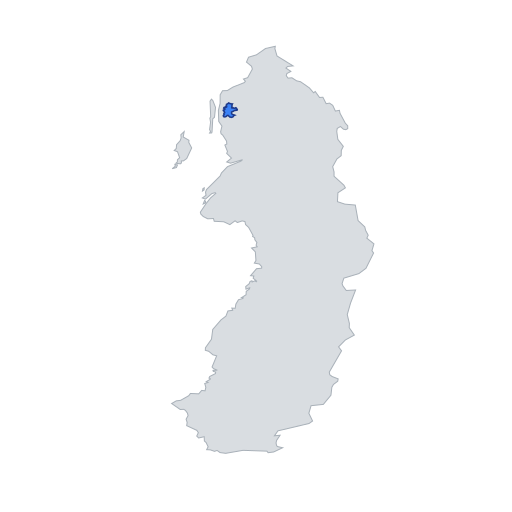 Nybro, Kalmar, Sweden (highlighted), rotated 157°
{"feature_id": "70781695B56315309655935", "entity_name": "Nybro", "entity_type": "district", "adm_level": 2, "iso_a3": "SWE", "parent_name": "Sweden", "parent_adm1": "Kalmar", "projection": "robinson", "projection_center": [15.892, 56.861], "detail": "fine", "context": "in_parent", "style": "filled", "palette": "blue", "viewbox_px": 512, "rotation_deg": 157, "n_neighbors": 0, "source": "geoboundaries", "source_scale": "gbopen_adm2", "svg_char_len": 5241}
<svg xmlns="http://www.w3.org/2000/svg" viewBox="0 0 512 512"><g transform="rotate(157 256 256)"><path d="M126.0,338.6L127.7,342.2L131.4,341.7L133.0,339.1L135.1,331.4L132.8,322.8L136.2,319.9L138.4,315.1L143.6,313.7L150.5,308.3L151.3,302.9L153.0,298.9L147.4,286.8L147.1,283.8L155.9,282.2L159.8,274.2L153.9,269.0L144.7,264.1L148.2,248.7L144.5,240.3L145.1,236.7L144.6,231.3L147.0,229.1L142.7,221.1L147.2,215.6L146.6,212.8L159.6,201.7L168.2,199.6L183.8,201.3L187.6,196.9L187.7,194.6L186.4,189.0L177.6,185.8L187.3,175.8L194.9,166.4L196.4,157.4L198.2,153.6L196.4,144.8L206.5,143.8L215.5,140.1L214.3,135.3L233.9,120.5L234.5,117.9L233.1,115.4L228.4,110.8L229.7,108.8L234.9,107.5L237.5,105.5L241.4,98.6L252.0,93.1L263.8,96.7L268.8,90.6L268.4,82.0L272.6,81.1L304.1,86.5L309.3,83.3L303.9,81.6L309.1,78.2L310.6,76.1L311.1,73.6L310.8,72.3L306.4,69.1L316.3,68.7L321.7,70.2L322.2,72.1L343.9,82.2L361.0,86.2L365.9,89.1L367.8,92.2L370.5,92.4L373.8,95.4L377.1,97.0L374.6,99.1L374.8,103.8L375.8,105.9L374.3,109.9L379.9,110.9L380.9,113.4L378.1,115.9L378.6,118.6L386.1,126.9L384.4,129.7L384.1,133.1L380.9,135.6L380.5,138.2L381.3,141.5L382.4,143.1L385.7,144.3L391.3,153.2L386.0,153.8L381.8,152.6L372.4,153.7L370.1,155.1L362.6,151.5L358.5,153.5L355.6,151.8L353.5,154.7L353.0,158.7L349.6,158.3L350.9,159.8L346.3,160.4L346.0,161.0L347.0,162.0L345.6,163.2L339.3,163.6L338.5,164.9L340.4,166.5L340.3,167.5L336.2,166.0L339.1,168.9L339.8,171.0L331.2,179.5L334.2,181.8L336.8,186.8L339.5,189.0L338.4,191.3L329.5,196.8L324.5,205.3L313.1,210.9L307.2,212.4L303.3,216.4L298.7,215.1L298.6,217.5L295.6,216.0L293.3,219.6L289.2,222.6L284.6,222.0L284.1,222.6L285.5,223.4L280.3,224.2L278.8,227.3L274.9,228.2L274.2,229.2L278.2,229.4L277.4,231.9L273.0,233.2L271.4,234.9L269.4,234.8L269.7,233.6L266.8,233.6L265.8,232.2L265.2,232.6L267.3,236.7L265.8,238.4L268.7,240.0L260.5,244.1L255.6,242.6L254.9,243.8L256.0,247.3L260.3,250.1L257.8,251.9L255.0,260.1L257.0,265.1L251.3,264.0L251.7,265.9L249.9,268.1L250.7,271.3L250.1,273.4L251.5,275.3L250.7,276.2L251.6,285.2L253.3,289.0L252.7,292.1L255.1,293.7L260.1,294.1L261.5,296.6L267.8,295.1L272.3,300.1L280.9,304.3L280.5,307.1L285.9,309.1L289.1,312.9L290.4,316.1L290.1,318.1L281.7,323.6L275.2,327.2L268.5,329.4L268.9,330.3L272.2,330.7L280.3,328.1L282.7,330.4L278.3,331.4L277.5,334.5L275.6,336.5L257.7,343.7L255.4,345.9L247.3,349.4L232.9,349.2L230.7,349.9L243.2,351.4L246.2,354.0L240.3,355.7L242.9,361.9L241.4,363.4L241.3,370.3L239.1,370.5L238.2,373.3L239.4,380.3L240.4,382.2L240.0,384.2L236.6,388.9L237.7,394.4L233.8,404.6L229.4,410.5L226.0,418.4L222.2,421.2L217.8,419.5L211.1,420.5L199.0,420.2L197.5,421.0L198.4,423.8L194.0,423.4L186.3,429.5L186.0,432.4L189.0,438.2L185.2,441.9L177.0,441.0L166.1,443.3L156.3,441.5L157.6,439.5L158.5,431.9L147.6,416.5L152.8,418.1L155.0,417.3L151.8,412.3L156.3,411.9L157.7,410.1L157.0,407.2L153.3,406.0L150.2,401.4L146.9,399.0L141.2,389.9L139.2,383.7L137.2,384.3L135.6,377.1L132.4,376.0L131.9,368.8L128.6,368.0L126.5,364.7L126.3,358.4L122.3,357.5L122.9,354.5L121.9,343.4L120.7,340.0L121.8,337.4L124.0,337.2L126.0,338.6ZM293.5,372.7L291.7,373.3L290.7,375.3L287.9,376.3L287.5,382.7L290.1,385.1L287.4,386.1L285.6,389.5L280.7,391.8L278.8,393.9L277.8,397.0L273.5,398.6L276.5,394.0L272.5,388.7L273.5,386.8L273.0,380.6L281.7,372.8L285.7,371.9L287.6,372.7L288.3,370.8L289.6,370.4L293.5,372.7ZM237.8,416.5L235.7,417.8L235.0,415.9L235.2,408.6L240.0,399.9L242.2,399.2L248.0,387.4L248.7,386.6L250.7,387.3L249.2,388.4L249.3,390.5L245.6,396.8L244.6,400.9L243.3,401.9L237.8,416.5ZM295.2,370.2L294.9,372.0L292.7,370.5L294.7,368.5L299.0,369.1L295.2,370.2ZM284.3,324.5L281.6,327.2L281.0,326.1L281.6,324.7L284.3,324.5ZM278.5,338.8L277.0,339.0L278.0,337.1L279.9,336.7L278.5,338.8Z" fill="#d9dde1" stroke="#a8b0b8" stroke-width="1"/><path d="M231.4,397.8L231.3,397.4L231.2,396.7L230.9,396.5L230.3,396.2L229.6,396.1L228.8,396.1L228.3,396.3L227.7,396.6L227.1,396.5L226.7,396.3L226.6,395.9L226.4,395.4L226.2,395.2L226.0,394.7L225.8,394.1L225.2,393.8L224.9,393.5L224.5,393.2L223.9,393.1L222.8,393.1L222.4,393.3L221.8,393.8L221.1,393.9L220.5,393.9L220.9,394.3L221.3,394.6L221.9,395.1L222.4,395.6L222.7,396.1L222.8,396.7L222.6,397.3L222.4,397.7L222.2,398.1L221.5,398.1L220.9,398.1L220.0,398.1L219.1,398.4L218.7,398.3L218.1,398.0L217.5,398.0L217.0,397.7L216.5,397.6L216.1,397.9L215.9,398.4L216.2,398.8L216.6,399.0L216.5,399.4L216.3,399.8L216.6,400.4L217.1,400.4L218.1,400.4L218.6,400.6L218.6,400.8L218.9,401.0L219.0,401.3L219.3,401.6L219.8,401.4L220.3,401.6L220.5,401.9L220.2,402.3L220.0,402.8L219.7,403.1L219.5,403.4L219.5,403.8L219.0,404.3L218.7,404.9L218.3,405.2L218.7,405.4L219.2,405.5L219.5,405.8L219.6,406.1L220.2,406.3L220.6,406.6L221.0,407.0L221.2,407.6L221.6,407.6L221.9,407.3L222.5,407.2L223.0,407.3L223.4,407.1L223.9,407.1L224.0,406.5L224.4,406.4L224.6,406.0L224.9,405.8L224.7,405.7L224.6,405.3L224.6,404.9L224.9,404.6L226.0,404.7L226.3,404.9L226.5,405.2L227.5,405.2L228.0,404.7L227.8,404.4L227.5,404.2L227.6,403.9L227.6,403.7L227.2,403.5L227.2,403.3L227.5,403.1L228.1,403.1L228.8,403.1L229.2,403.0L229.3,402.6L229.1,402.1L228.8,401.9L228.7,400.6L228.8,400.2L229.3,400.2L229.8,399.7L230.0,399.6L230.1,399.2L230.0,398.8L230.3,398.4L230.9,398.3L231.1,398.1L231.4,397.8Z" fill="#3b82f6" stroke="#1e3a8a" stroke-width="1.5"/></g></svg>